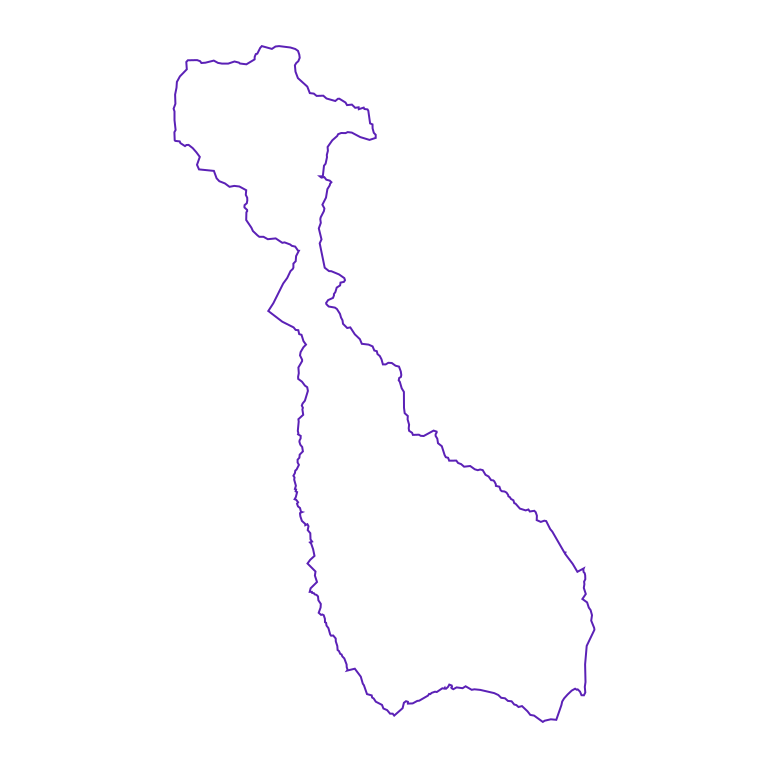 outline of Chiojdeni, Vrancea, Romania
{"feature_id": "2599482B77515537465857", "entity_name": "Chiojdeni", "entity_type": "district", "adm_level": 2, "iso_a3": "ROU", "parent_name": "Romania", "parent_adm1": "Vrancea", "projection": "orthographic", "projection_center": [26.832, 45.598], "detail": "fine", "context": "isolated", "style": "outline", "palette": "violet", "viewbox_px": 768, "rotation_deg": 0, "n_neighbors": 0, "source": "geoboundaries", "source_scale": "gbopen_adm2", "svg_char_len": 6081}
<svg xmlns="http://www.w3.org/2000/svg" viewBox="0 0 768 768"><path d="M594.4,629.8L594.2,628.0L591.2,620.6L592.0,615.2L590.6,610.1L588.8,607.6L587.1,602.4L582.4,599.0L585.8,594.0L583.8,587.9L584.4,584.2L584.1,581.7L585.3,579.2L585.2,575.5L584.7,573.2L583.6,572.0L583.3,569.5L583.7,568.4L577.4,571.8L572.7,563.9L565.0,553.7L565.4,552.5L564.3,552.4L552.3,531.6L550.2,529.1L546.2,521.1L544.3,520.7L540.8,521.9L536.7,520.1L536.9,515.7L535.7,512.2L534.3,510.8L529.8,511.5L528.4,509.5L525.7,510.4L519.9,508.6L515.5,503.6L514.3,503.2L513.4,500.3L510.9,498.9L510.0,497.3L508.4,496.3L508.1,494.9L506.5,492.6L504.6,491.5L501.8,491.2L500.6,490.2L499.4,486.7L495.9,485.9L495.8,484.2L494.3,481.3L493.3,480.4L491.1,480.1L488.6,476.5L485.5,474.8L482.7,470.1L480.1,469.5L477.8,470.2L474.8,469.3L470.2,466.0L464.1,466.7L461.1,464.1L458.1,463.0L456.3,460.6L449.2,460.7L448.1,457.8L445.8,457.2L444.6,455.0L441.8,446.2L438.0,443.2L437.3,438.7L435.6,435.9L435.6,434.3L436.7,432.4L436.6,431.6L433.6,430.6L423.7,436.0L420.7,435.8L418.9,434.7L412.9,434.9L412.1,432.8L409.1,430.8L408.7,428.3L409.1,424.7L407.6,419.4L407.8,416.0L404.7,413.2L404.0,407.8L403.9,391.9L401.7,388.3L399.8,381.8L398.7,380.3L399.2,378.0L400.9,376.9L401.3,375.0L400.8,371.5L399.0,366.6L395.5,365.7L391.8,363.0L388.3,362.8L385.7,364.4L382.9,364.4L381.5,359.3L379.8,356.0L377.5,354.1L376.8,351.2L374.3,350.5L372.6,346.4L368.6,344.6L361.8,343.8L359.9,339.2L354.8,334.3L350.3,327.4L347.2,328.0L343.0,323.8L342.5,320.3L341.0,317.5L340.0,313.9L336.9,309.0L334.9,307.6L328.7,306.5L326.4,304.2L326.1,303.0L328.1,300.1L333.0,297.9L334.0,295.3L333.9,294.1L335.4,292.0L336.7,287.6L340.1,285.4L340.5,282.6L343.9,281.9L345.0,280.2L344.3,278.1L339.0,274.4L331.3,271.2L329.0,271.1L324.7,267.7L319.7,243.3L321.5,239.4L318.8,228.4L320.8,222.9L320.3,219.2L320.7,217.3L323.9,211.1L324.4,208.4L322.4,204.7L326.0,197.6L327.4,189.1L329.7,185.4L330.1,183.7L331.4,182.2L329.7,180.6L326.3,179.7L324.3,177.1L321.4,177.6L319.8,176.3L322.2,176.3L322.9,175.6L324.0,165.7L325.6,163.7L327.0,157.2L326.8,155.0L327.9,150.8L327.6,147.0L332.3,140.3L337.2,136.0L338.1,134.2L341.2,133.0L345.6,133.1L347.7,132.1L351.8,132.6L360.3,137.1L369.5,139.9L375.7,137.9L375.7,134.8L373.8,132.8L372.6,128.4L372.5,124.4L370.1,123.4L368.3,110.7L367.5,109.4L364.4,109.0L363.7,107.6L358.8,109.2L358.6,107.3L355.2,107.8L351.9,104.6L347.0,105.1L345.5,102.5L339.3,98.7L337.9,98.8L335.3,101.0L326.5,98.5L323.3,95.7L316.6,95.9L313.8,93.6L309.8,93.1L307.3,86.6L297.9,78.1L295.5,71.7L294.9,65.3L296.2,63.1L298.3,61.2L299.7,57.8L299.3,54.7L298.0,50.9L295.3,49.0L290.4,47.5L279.1,46.1L275.5,46.5L271.9,48.9L261.8,46.1L260.2,47.9L257.3,53.7L255.8,54.1L254.7,56.8L254.6,59.4L246.4,64.3L239.9,63.5L238.9,62.6L234.5,61.5L228.2,63.6L222.0,63.6L218.0,62.9L213.8,60.6L205.4,62.7L201.4,63.0L200.1,61.2L197.1,60.1L187.8,60.3L186.3,62.0L186.8,69.3L179.9,76.4L176.9,81.9L176.5,87.7L175.1,94.6L175.4,103.8L173.6,108.7L174.5,111.4L174.5,120.1L175.6,130.0L174.4,132.2L174.7,140.2L175.3,140.9L179.7,141.4L180.4,143.1L185.0,146.1L186.4,145.0L188.6,144.9L192.7,148.1L196.3,152.2L199.8,156.9L197.0,164.8L199.0,169.4L213.9,170.9L216.6,178.3L219.3,181.2L224.9,183.4L229.5,186.8L234.3,185.9L239.4,186.5L246.2,190.2L245.8,194.9L247.2,197.7L247.3,200.5L246.8,203.2L244.6,205.1L244.4,206.7L244.5,207.5L247.1,209.9L247.2,211.1L246.4,212.3L246.2,220.0L251.4,227.7L252.9,231.0L257.3,235.2L259.3,236.8L263.5,236.8L267.8,239.2L275.7,238.4L282.3,242.8L284.6,242.4L290.2,244.5L291.8,245.8L295.2,246.6L298.2,250.9L298.8,250.9L296.1,256.1L295.7,261.2L293.4,263.6L293.4,267.6L292.8,268.9L290.5,271.1L287.2,278.0L283.2,283.5L273.3,303.3L268.3,311.0L282.3,321.7L293.6,327.4L295.6,329.9L298.3,330.2L299.2,334.1L301.5,334.8L303.5,341.2L306.0,344.6L303.4,347.3L300.6,352.1L300.0,355.4L302.1,359.7L302.1,361.1L298.4,367.5L298.8,373.2L298.1,376.8L298.2,378.9L302.0,381.7L304.9,385.6L307.2,387.2L307.9,390.9L304.9,400.7L302.6,403.5L301.8,405.6L302.9,407.8L302.4,409.4L303.2,414.8L298.4,419.2L298.7,421.6L297.8,431.0L298.4,433.2L298.0,434.3L300.7,435.9L300.6,438.5L299.6,440.3L299.4,441.8L300.3,444.7L302.2,447.0L302.9,451.4L299.7,454.6L299.4,457.7L297.6,459.7L297.6,462.5L298.9,464.9L296.6,469.5L295.3,470.6L294.9,473.1L293.4,475.8L294.5,477.4L294.2,479.7L295.9,485.8L294.9,489.0L296.1,489.5L295.6,491.3L297.1,492.1L295.8,497.1L294.6,499.2L296.2,499.8L298.1,502.3L297.0,503.7L298.0,506.4L300.0,508.0L301.0,511.8L302.1,512.1L300.2,512.9L300.0,513.6L300.4,516.5L301.9,520.9L305.2,523.9L305.3,525.2L307.4,524.2L308.5,526.2L307.7,530.1L310.3,533.2L310.5,539.4L312.1,541.6L310.0,542.4L311.2,543.7L313.1,549.2L314.5,555.9L310.2,559.8L307.5,563.5L315.5,571.5L314.9,575.6L317.0,582.0L310.6,588.3L309.7,591.9L311.9,591.9L312.1,592.9L313.9,593.2L314.6,594.3L316.5,594.9L318.0,596.4L318.4,600.3L320.8,603.9L320.6,607.5L318.7,612.8L321.1,614.9L322.3,614.5L323.7,615.2L324.9,618.8L325.0,622.2L326.1,622.8L326.5,625.6L328.4,628.1L330.2,634.5L331.1,635.7L333.2,635.5L335.7,638.5L335.8,641.4L337.3,646.0L337.6,650.0L339.0,651.1L340.2,653.8L341.6,654.5L342.3,656.4L344.3,658.4L346.6,664.5L346.7,667.1L347.6,669.9L347.1,670.6L354.8,668.7L360.8,676.7L362.8,683.7L363.9,685.2L367.0,694.1L371.7,695.4L372.1,697.5L373.7,698.5L375.8,701.7L382.0,704.9L383.4,708.5L387.1,710.1L390.1,713.7L392.7,713.7L394.2,715.6L402.6,708.2L403.9,702.8L406.0,701.2L407.9,701.8L407.9,703.6L412.7,703.4L417.3,700.9L419.2,700.7L428.0,695.6L429.1,693.9L430.3,694.1L431.6,692.9L435.0,691.7L436.8,692.0L442.3,688.3L444.2,688.6L444.8,687.8L445.1,688.7L446.1,688.7L448.1,686.8L449.3,684.6L451.7,685.5L452.0,686.7L451.3,687.5L451.6,688.2L453.3,689.2L456.6,687.4L462.6,688.2L465.6,686.3L471.7,689.8L474.4,689.3L480.3,689.9L494.2,693.1L498.3,695.0L501.2,697.8L505.0,698.3L507.9,700.9L511.6,701.3L514.2,704.5L516.4,705.1L518.5,707.0L522.0,706.1L527.5,711.3L530.3,714.9L534.1,715.6L542.8,721.9L544.7,720.7L550.8,719.3L556.3,719.8L561.4,705.1L562.2,701.5L564.1,698.4L567.6,694.5L571.7,690.6L575.1,688.7L576.7,689.7L577.7,689.4L580.0,691.6L581.5,695.2L583.9,695.3L585.3,692.5L584.8,686.9L585.5,682.1L585.1,664.4L586.7,645.9L594.4,629.8Z" fill="none" stroke="#5b21b6" stroke-width="2"/></svg>